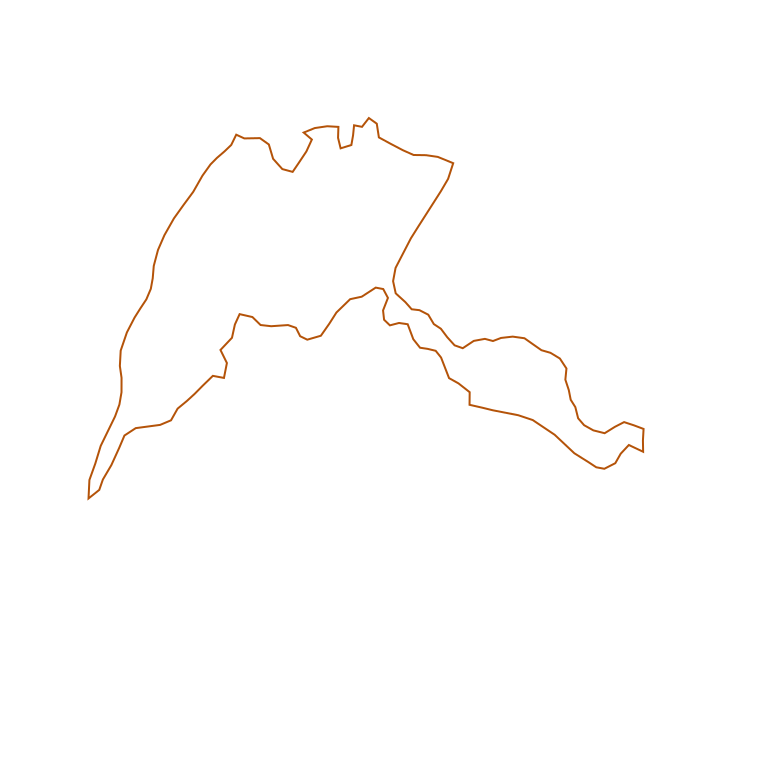 outline of Paulista, Pernambuco, Brazil, rotated 206°
{"feature_id": "56859067B6183136876088", "entity_name": "Paulista", "entity_type": "district", "adm_level": 2, "iso_a3": "BRA", "parent_name": "Brazil", "parent_adm1": "Pernambuco", "projection": "equal_earth", "projection_center": [-34.904, -7.91], "detail": "fine", "context": "isolated", "style": "outline", "palette": "amber", "viewbox_px": 768, "rotation_deg": 206, "n_neighbors": 0, "source": "geoboundaries", "source_scale": "gbopen_adm2", "svg_char_len": 2086}
<svg xmlns="http://www.w3.org/2000/svg" viewBox="0 0 768 768"><g transform="rotate(206 384 384)"><path d="M121.4,436.7L126.5,446.7L131.0,457.4L141.4,456.4L151.5,455.0L157.7,446.7L164.1,436.5L175.5,434.1L186.1,434.7L194.5,438.3L201.9,447.1L209.3,451.7L215.2,459.5L222.9,467.4L226.8,477.9L237.1,484.0L248.1,485.0L257.3,483.4L267.4,485.0L277.8,486.7L289.1,483.0L299.0,476.7L304.9,470.4L313.1,468.8L322.2,462.1L328.9,450.7L337.5,449.7L347.7,453.8L357.1,458.6L365.5,459.7L374.6,465.7L384.5,465.9L391.9,463.3L400.8,467.0L413.2,470.6L420.9,480.4L424.5,493.4L423.7,526.7L422.1,541.5L417.4,582.1L416.3,596.5L418.6,612.8L435.2,611.7L446.5,608.1L457.8,602.8L469.4,602.4L483.3,602.8L496.7,603.4L504.6,614.8L514.2,616.4L516.5,605.5L524.3,603.4L520.8,593.9L518.1,584.5L526.3,576.8L533.2,585.1L537.7,595.1L548.0,590.8L558.4,583.7L566.4,574.8L556.0,572.1L555.7,559.0L557.6,544.9L559.1,534.6L569.6,532.6L582.4,537.8L592.5,548.8L603.3,550.6L617.2,543.5L626.1,543.3L626.1,531.9L629.3,523.2L633.3,513.9L636.2,505.3L638.5,491.7L639.7,473.1L642.7,456.8L645.4,440.8L646.6,421.5L645.9,405.4L642.7,389.2L638.2,377.6L635.3,367.3L634.7,355.9L636.1,345.3L637.3,334.4L637.7,317.7L635.3,298.6L629.3,284.4L622.6,274.5L616.3,261.5L612.8,249.5L611.5,236.9L611.5,220.8L611.5,204.2L608.6,185.9L606.7,168.6L599.4,151.6L593.5,164.0L594.8,174.9L593.5,191.6L594.0,210.5L594.7,223.9L587.8,235.5L567.3,249.1L559.5,258.0L558.7,271.4L553.7,282.4L549.8,292.3L546.3,302.7L541.4,316.3L530.5,319.3L534.4,334.0L545.9,342.9L540.9,358.9L544.1,372.1L544.4,383.5L531.6,386.5L520.8,382.9L510.7,386.5L496.1,394.9L487.8,395.9L480.3,390.2L472.4,390.2L461.9,399.7L459.6,414.2L458.1,427.4L451.6,445.4L442.3,452.7L433.7,467.0L426.3,469.0L418.2,463.1L417.1,449.7L412.1,441.8L404.4,439.3L397.3,445.4L388.9,448.1L377.3,437.1L367.5,432.4L360.2,434.7L352.1,436.5L344.3,432.8L328.1,417.8L317.3,417.2L303.4,414.2L298.0,402.8L285.2,405.8L274.6,408.1L249.6,414.8L234.5,416.8L208.4,413.2L182.6,405.2L173.6,404.2L166.0,403.4L156.7,402.2L148.8,404.4L141.4,414.2L140.7,425.1L137.2,436.5L121.4,436.7Z" fill="none" stroke="#b45309" stroke-width="2"/></g></svg>